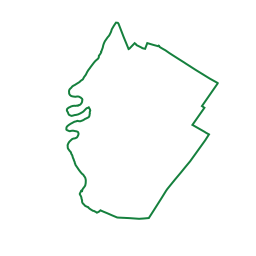 Secusigiu, Arad, Romania (Natural Earth projection), rotated 305°
{"feature_id": "2599482B2684456974434", "entity_name": "Secusigiu", "entity_type": "district", "adm_level": 2, "iso_a3": "ROU", "parent_name": "Romania", "parent_adm1": "Arad", "projection": "natural_earth1", "projection_center": [20.991, 46.095], "detail": "fine", "context": "isolated", "style": "outline", "palette": "green", "viewbox_px": 256, "rotation_deg": 305, "n_neighbors": 0, "source": "geoboundaries", "source_scale": "gbopen_adm2", "svg_char_len": 4500}
<svg xmlns="http://www.w3.org/2000/svg" viewBox="0 0 256 256"><g transform="rotate(305 128 128)"><path d="M168.8,194.2L168.8,193.1L167.5,179.0L188.4,179.0L188.4,176.0L214.0,175.9L215.7,175.9L216.0,175.9L216.3,175.7L215.4,166.9L215.1,162.1L214.4,150.1L213.9,137.8L213.9,136.9L213.5,128.6L213.1,119.1L213.1,114.1L212.8,111.1L212.6,108.6L212.6,107.8L212.5,107.6L212.6,107.3L212.8,106.9L213.1,106.4L213.1,106.2L213.1,105.9L212.5,105.7L212.2,105.6L211.8,104.4L210.6,101.1L208.6,95.1L202.7,96.6L202.0,95.0L201.8,94.4L201.6,93.8L201.7,93.3L201.0,88.7L200.8,87.6L200.8,87.3L201.0,87.1L201.1,86.8L201.2,86.4L201.2,85.8L201.3,84.8L193.7,83.6L193.0,83.2L196.5,77.8L200.4,71.7L201.3,70.4L208.0,60.4L208.3,59.4L207.8,58.3L207.4,57.7L203.3,57.8L199.8,58.1L198.9,58.3L198.4,58.5L197.8,58.7L196.7,59.0L195.4,59.2L193.4,59.5L192.2,59.5L190.7,59.3L189.9,59.3L189.4,59.3L189.0,59.3L187.0,59.3L185.8,59.3L183.6,59.7L181.5,60.3L179.4,61.2L175.6,62.2L175.1,62.1L174.7,62.6L173.3,62.8L171.5,62.8L170.5,62.7L169.7,63.2L168.9,63.6L168.1,63.7L167.0,63.6L166.5,63.4L165.3,63.1L164.0,62.8L162.0,62.6L156.9,62.4L155.0,62.4L153.0,62.3L150.7,62.4L147.4,62.9L144.2,62.8L143.0,63.0L142.5,63.1L141.5,63.0L141.1,62.8L139.5,62.2L137.8,61.9L136.4,61.3L134.8,60.6L132.6,59.7L131.2,58.9L130.7,58.8L130.4,58.6L129.9,58.5L128.3,58.4L127.1,58.1L126.2,58.0L125.5,58.1L124.4,58.5L123.3,59.4L122.4,60.1L121.8,61.3L121.7,62.0L121.6,62.9L121.9,64.0L122.5,65.3L123.4,67.0L124.6,68.2L125.2,69.1L125.5,69.7L125.6,70.4L125.7,71.2L125.8,72.0L125.7,72.5L125.6,73.0L125.6,73.6L125.2,74.2L124.9,74.5L124.4,74.7L124.0,74.8L123.3,75.3L122.2,75.6L121.5,75.6L120.9,75.6L120.1,75.5L119.4,75.3L119.0,75.1L118.7,74.9L118.6,74.6L118.0,74.5L117.4,74.1L117.4,73.6L116.8,73.1L116.3,72.6L115.9,72.1L115.4,71.2L115.0,70.8L114.3,70.0L113.7,69.6L113.4,69.3L113.0,69.0L112.3,68.7L111.3,68.1L110.8,67.8L109.9,67.5L108.9,67.2L108.3,67.4L107.6,67.6L106.8,68.6L106.6,69.1L106.5,69.6L105.5,70.9L105.0,72.1L105.2,73.6L105.6,74.9L107.0,76.1L107.9,76.8L109.1,78.1L110.6,79.4L112.4,80.4L114.4,81.4L115.9,82.0L117.9,82.3L119.7,82.6L120.5,82.8L121.2,83.3L121.7,83.7L122.4,84.0L122.2,84.4L121.9,84.6L121.9,85.2L121.5,85.9L121.3,86.3L120.6,87.1L119.5,87.4L118.5,87.9L118.2,88.3L117.8,88.5L117.0,88.8L116.7,89.0L116.1,89.3L115.5,89.5L114.6,89.6L114.0,89.4L113.1,89.0L112.3,88.5L111.5,88.1L110.8,87.6L110.1,87.4L108.2,86.5L107.4,85.9L106.3,85.2L105.8,84.6L105.1,83.2L104.8,82.4L103.7,81.7L102.5,80.6L101.6,80.1L99.9,79.3L98.8,78.7L96.6,77.8L94.9,77.3L93.9,77.2L93.2,77.3L92.1,77.9L91.5,78.3L91.3,78.6L91.3,79.0L91.3,79.4L91.5,80.3L91.6,80.9L91.8,81.7L92.0,82.2L92.2,82.4L92.4,82.5L93.2,83.2L93.6,83.7L94.2,84.4L94.6,85.2L95.0,86.2L95.3,86.9L95.7,87.7L95.9,88.5L96.0,89.2L95.9,89.5L95.4,90.3L94.8,90.9L94.2,91.1L93.7,91.3L93.1,91.4L92.4,91.5L91.2,91.6L90.6,91.4L90.1,91.1L89.4,90.7L88.8,90.2L88.2,89.5L87.1,88.7L86.4,88.5L85.5,88.3L84.1,88.0L82.9,87.8L81.2,87.9L80.4,88.1L79.8,88.2L79.1,88.5L78.8,88.8L77.5,89.8L76.9,90.4L76.5,91.3L75.9,93.0L75.6,94.0L75.6,94.5L75.3,95.0L75.1,95.5L74.5,96.1L74.2,96.7L74.0,97.0L73.9,97.5L73.5,98.2L72.7,99.1L72.4,99.5L71.9,100.1L71.8,100.4L71.3,101.2L71.1,101.6L70.8,101.8L70.2,102.7L69.8,103.4L69.4,104.0L68.8,104.5L68.4,105.3L68.0,105.7L67.7,106.1L67.3,107.1L66.6,109.0L66.4,109.5L66.3,109.8L66.2,110.1L66.0,110.4L66.0,110.6L65.4,112.1L65.1,113.1L64.9,113.8L64.7,114.3L64.4,115.5L64.2,116.2L64.1,117.1L64.1,117.9L63.8,118.8L63.4,119.7L63.0,120.9L62.5,121.8L61.4,123.0L60.7,123.6L59.3,124.5L58.5,125.0L57.6,125.4L56.5,125.9L55.8,126.0L54.0,126.0L52.6,125.9L51.5,126.0L50.5,126.3L49.9,126.6L49.6,126.2L49.8,125.9L50.0,125.7L49.7,125.6L48.6,125.9L47.7,126.0L47.1,126.1L46.3,126.3L46.0,126.7L45.8,127.1L45.2,128.4L44.8,129.0L44.4,129.6L43.5,130.4L43.0,131.1L42.4,131.9L42.0,132.1L41.6,132.4L40.9,133.1L40.4,134.0L40.3,134.3L40.2,135.0L40.1,135.7L40.0,136.3L39.7,137.0L39.7,137.6L39.7,138.2L39.9,138.8L40.0,139.8L40.2,140.3L40.3,140.6L40.3,140.9L40.1,141.1L40.0,141.9L39.9,142.4L39.9,143.4L39.9,144.1L40.0,145.7L40.0,146.5L40.2,147.1L40.5,147.6L40.6,148.5L40.8,150.0L40.8,150.6L40.8,151.1L42.4,152.0L42.5,152.1L44.8,152.7L45.0,154.2L45.2,154.8L45.2,155.0L45.4,156.0L46.3,160.0L47.3,165.0L48.5,170.5L49.4,172.0L51.3,175.0L52.7,177.2L55.2,181.2L57.9,185.7L60.0,189.2L62.9,192.8L66.2,196.7L73.9,196.4L82.9,196.0L87.4,195.8L89.5,195.7L94.9,195.4L98.4,195.2L100.5,195.2L106.3,195.6L113.1,196.1L121.0,196.8L129.3,197.4L136.5,198.0L138.1,198.0L145.5,198.1L154.1,198.2L162.2,198.3L169.2,198.0L168.8,194.2Z" fill="none" stroke="#15803d" stroke-width="2"/></g></svg>